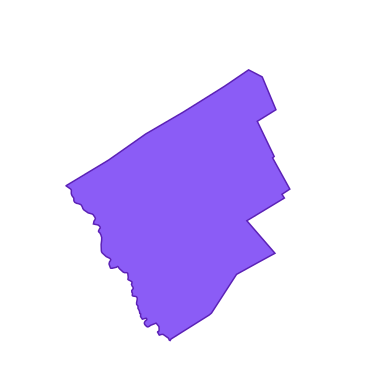 the district of Orange, Vermont, United States of America, rotated 128°
{"feature_id": "52423323B71374601240136", "entity_name": "Orange", "entity_type": "district", "adm_level": 2, "iso_a3": "USA", "parent_name": "United States of America", "parent_adm1": "Vermont", "projection": "equal_earth", "projection_center": [-72.157, 43.996], "detail": "fine", "context": "isolated", "style": "filled", "palette": "violet", "viewbox_px": 384, "rotation_deg": 128, "n_neighbors": 0, "source": "geoboundaries", "source_scale": "gbopen_adm2", "svg_char_len": 2024}
<svg xmlns="http://www.w3.org/2000/svg" viewBox="0 0 384 384"><g transform="rotate(128 192 192)"><path d="M322.5,117.8L320.7,118.0L278.3,102.7L275.4,102.1L229.5,106.2L207.2,96.7L189.2,88.9L180.9,131.1L139.9,115.5L138.4,119.7L129.5,116.7L115.5,149.5L113.4,149.1L96.1,184.1L75.5,176.5L58.1,207.5L60.9,222.6L89.0,231.6L134.4,248.1L174.7,264.2L217.9,277.3L264.5,295.1L264.7,294.9L264.4,289.9L264.5,288.9L265.0,288.1L267.4,286.3L268.0,285.6L268.8,284.2L269.6,281.4L271.7,279.6L272.3,278.0L272.0,276.0L271.2,274.5L270.4,272.0L270.5,271.2L271.2,269.4L272.3,267.7L272.7,266.1L272.4,261.0L270.8,257.1L270.7,256.0L271.8,252.7L272.4,251.8L273.7,251.4L275.3,251.3L277.9,250.0L277.4,249.0L277.2,248.4L277.0,248.1L276.3,246.8L275.7,245.2L276.0,243.3L276.4,242.6L276.8,242.1L277.9,242.2L280.2,241.7L280.8,241.2L281.0,239.2L282.0,237.2L283.5,235.1L285.8,233.4L289.3,231.3L294.2,227.2L294.9,226.3L295.3,225.2L295.7,220.3L295.7,219.7L294.9,216.0L295.0,215.1L295.3,214.4L296.3,214.0L297.8,214.0L299.6,213.2L300.1,212.7L302.1,209.4L302.0,208.9L301.3,208.0L297.8,205.2L296.6,204.9L296.4,204.5L296.4,204.0L297.0,202.5L297.2,201.2L297.5,196.9L297.1,195.5L295.7,193.7L295.6,192.6L298.4,189.8L300.3,188.7L300.4,188.1L299.9,185.7L299.8,184.2L300.7,183.2L302.0,182.9L303.1,181.0L303.3,180.0L303.7,179.4L304.4,178.8L305.0,178.9L306.8,178.8L308.0,177.7L308.2,177.0L308.7,176.4L308.8,176.3L310.2,175.5L310.4,175.0L310.2,174.2L308.9,171.9L308.8,171.1L309.0,170.4L309.6,169.6L310.5,169.0L313.4,167.5L314.7,166.4L315.0,164.6L316.1,163.5L316.7,163.2L317.0,162.8L318.0,160.4L319.8,158.4L319.7,157.4L321.8,155.9L322.8,152.8L320.2,150.9L319.6,150.1L320.0,149.3L320.5,149.0L322.7,149.4L324.0,149.2L324.7,148.8L325.2,148.2L325.6,147.3L325.9,145.2L325.8,144.2L325.2,143.5L323.8,142.8L322.8,142.7L317.5,139.6L317.6,138.7L318.4,135.2L320.5,133.3L322.0,132.5L322.5,132.5L323.1,133.0L323.6,132.9L324.9,129.8L324.7,129.4L323.5,128.8L322.0,127.2L321.7,120.8L321.8,120.3L322.7,118.7L322.6,118.2L322.5,117.8Z" fill="#8b5cf6" stroke="#5b21b6" stroke-width="1.5"/></g></svg>